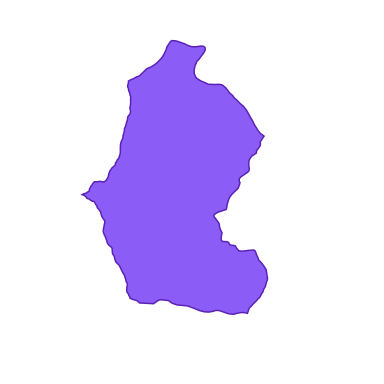 Teodoro Sampaio, São Paulo, Brazil (Mercator projection), rotated 218°
{"feature_id": "56859067B41725338982994", "entity_name": "Teodoro Sampaio", "entity_type": "district", "adm_level": 2, "iso_a3": "BRA", "parent_name": "Brazil", "parent_adm1": "São Paulo", "projection": "mercator", "projection_center": [-52.368, -22.428], "detail": "fine", "context": "isolated", "style": "filled", "palette": "violet", "viewbox_px": 384, "rotation_deg": 218, "n_neighbors": 0, "source": "geoboundaries", "source_scale": "gbopen_adm2", "svg_char_len": 4012}
<svg xmlns="http://www.w3.org/2000/svg" viewBox="0 0 384 384"><g transform="rotate(218 192 192)"><path d="M169.6,280.4L171.7,280.4L173.1,280.2L175.2,280.4L178.1,281.2L180.5,282.1L184.4,283.5L187.7,285.2L189.0,285.7L192.2,286.9L193.9,287.7L199.1,289.9L204.1,291.2L209.0,291.4L213.3,292.0L216.7,292.2L219.7,293.1L223.5,293.2L226.9,294.2L229.8,294.9L233.8,295.0L235.6,294.3L237.5,293.1L240.2,290.7L241.3,290.0L245.5,286.9L248.5,286.3L253.7,284.9L258.4,284.5L260.0,285.0L263.1,286.6L265.4,289.5L267.4,293.4L267.9,295.9L268.6,297.8L268.2,301.0L268.4,304.7L268.4,308.8L268.9,311.9L270.7,313.9L272.9,313.8L274.9,312.5L277.1,310.1L278.9,308.4L280.9,306.9L282.7,305.9L286.5,304.7L289.2,304.2L296.5,301.7L298.0,301.0L301.1,298.9L301.6,297.2L301.1,291.0L299.8,287.5L298.7,282.2L298.5,279.6L298.5,277.9L299.2,271.7L301.1,265.6L303.5,261.6L304.8,251.8L305.3,250.4L306.6,248.5L307.8,245.5L309.3,242.9L310.4,240.3L309.1,238.5L308.6,237.0L307.5,235.4L305.7,234.3L304.4,232.9L303.1,232.2L301.6,231.4L300.2,230.0L298.7,229.2L297.5,227.2L296.1,225.6L295.1,224.2L293.6,221.9L292.7,219.9L291.1,218.7L289.9,217.5L288.9,215.3L289.0,213.3L288.9,211.9L288.1,210.3L287.2,208.9L286.6,206.9L285.4,204.2L284.7,202.4L284.2,200.3L283.1,198.7L282.0,196.7L281.0,193.9L279.9,192.3L279.2,190.0L278.6,187.5L277.6,185.4L276.2,183.5L275.2,182.0L273.5,180.0L272.2,178.0L271.2,175.4L270.5,173.3L270.7,171.3L270.2,169.6L270.2,167.9L269.2,166.2L269.4,164.0L269.9,161.8L269.7,159.5L269.7,157.9L269.1,156.3L268.7,154.9L267.9,153.5L267.2,151.7L267.0,150.2L266.8,148.1L267.5,146.0L268.5,144.9L270.2,144.3L271.8,143.2L272.5,142.0L274.1,141.0L275.2,140.1L275.4,138.0L275.1,136.0L275.1,133.5L274.4,130.8L273.5,129.2L274.2,127.8L274.8,125.8L276.2,124.0L276.9,122.3L274.5,123.1L272.1,122.8L270.8,122.3L268.7,123.1L266.2,123.1L264.9,123.4L263.4,124.3L261.5,123.5L259.8,122.8L258.1,122.4L257.2,121.4L255.9,121.1L254.4,120.9L252.9,120.4L251.4,119.7L250.0,118.6L247.8,117.1L244.7,116.1L242.9,115.5L241.7,114.0L241.2,112.6L240.1,110.6L239.1,108.5L237.9,106.5L236.8,105.5L235.5,104.8L234.2,103.9L232.5,103.3L231.3,102.3L230.0,101.7L228.9,100.8L227.0,99.5L225.4,99.1L224.1,98.8L222.5,99.0L220.2,98.4L218.5,96.4L216.7,94.5L215.2,94.0L213.5,93.3L212.3,92.3L210.5,90.9L208.9,90.0L206.4,89.6L204.8,89.6L203.5,89.0L202.0,88.4L200.4,87.5L198.5,86.7L196.5,85.6L194.8,85.2L193.5,84.4L192.4,83.6L190.7,82.5L188.5,80.7L186.7,80.1L185.4,78.4L184.5,76.4L183.1,74.5L181.6,73.1L179.3,72.5L177.8,71.4L176.5,71.2L175.4,70.1L173.2,70.7L171.0,71.5L168.5,72.5L164.8,72.3L163.0,73.7L153.5,80.3L151.8,86.1L149.8,88.3L148.0,89.3L144.7,91.4L143.2,92.1L141.5,92.0L139.0,92.2L134.0,93.9L129.8,96.7L125.5,99.4L122.5,100.4L120.4,101.1L112.5,103.4L108.5,105.2L105.0,107.6L102.3,110.5L100.2,113.5L97.6,115.3L92.2,117.2L88.4,118.5L85.6,120.2L83.8,121.4L82.5,123.3L80.8,125.4L78.4,127.8L76.1,129.4L73.6,130.5L75.5,135.9L75.0,137.9L75.0,139.8L74.6,143.5L74.3,145.1L74.2,148.0L73.9,149.8L73.8,151.2L74.5,154.3L74.6,157.0L75.5,159.0L76.1,162.7L77.1,165.2L78.0,167.2L78.6,169.2L79.4,170.6L82.3,173.1L84.1,174.9L85.9,176.6L87.7,177.1L90.0,178.0L93.6,178.9L97.7,179.5L99.3,180.7L101.3,181.7L102.9,182.6L104.2,183.4L105.9,184.4L107.6,184.4L111.7,180.6L113.4,178.8L116.1,176.2L118.9,174.5L122.4,175.2L124.5,176.2L126.1,175.7L128.5,174.1L130.3,173.8L132.1,174.8L134.2,174.2L136.7,172.3L138.1,171.8L139.5,172.3L141.0,174.1L142.2,176.3L143.2,178.3L145.7,179.5L147.8,180.7L149.0,181.7L150.6,183.4L152.3,184.3L159.4,186.1L160.5,187.3L160.1,189.7L159.1,192.0L158.0,193.8L155.8,197.0L154.3,199.2L155.0,201.0L156.5,203.6L158.0,207.4L158.7,209.4L159.0,211.0L159.2,212.8L159.1,214.9L158.7,218.3L158.1,221.9L158.0,223.7L158.6,225.4L159.1,227.0L159.9,228.9L161.5,229.7L162.9,231.5L162.8,234.2L161.8,237.1L161.0,239.7L160.3,241.7L160.2,243.9L161.2,245.5L162.4,246.8L163.8,248.1L165.0,249.7L166.3,251.5L166.8,253.6L167.0,255.6L166.9,257.7L166.0,259.9L165.3,262.2L166.5,264.4L166.6,267.1L166.7,270.0L167.6,272.0L168.9,273.1L169.3,275.7L169.5,278.0L169.6,280.4Z" fill="#8b5cf6" stroke="#5b21b6" stroke-width="1.5"/></g></svg>